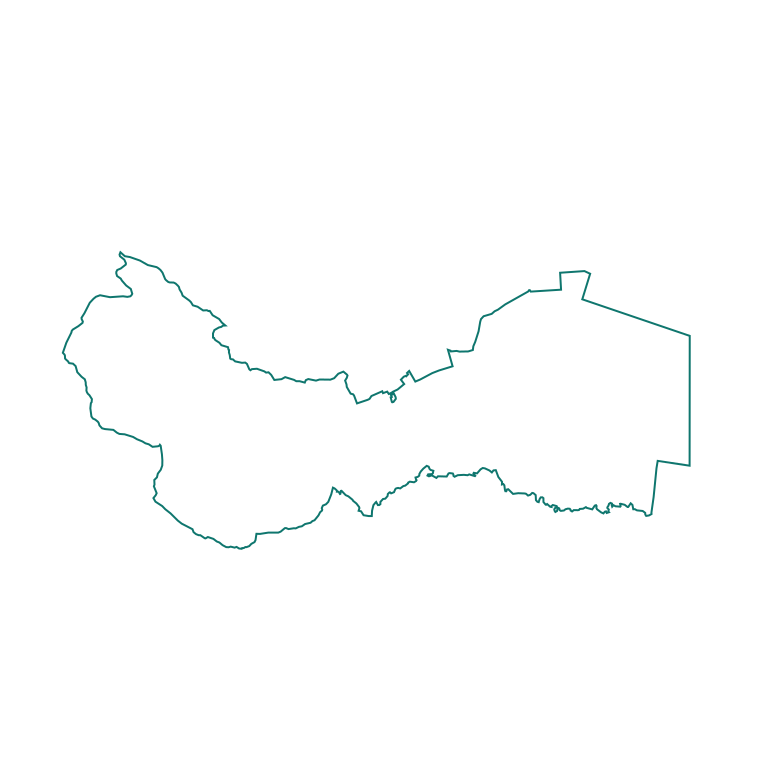 the district of Urechesti, Vrancea, Romania, rotated 349°
{"feature_id": "2599482B13172395436586", "entity_name": "Urechesti", "entity_type": "district", "adm_level": 2, "iso_a3": "ROU", "parent_name": "Romania", "parent_adm1": "Vrancea", "projection": "albers", "projection_center": [27.067, 45.615], "detail": "fine", "context": "isolated", "style": "outline", "palette": "teal", "viewbox_px": 768, "rotation_deg": 349, "n_neighbors": 0, "source": "geoboundaries", "source_scale": "gbopen_adm2", "svg_char_len": 6127}
<svg xmlns="http://www.w3.org/2000/svg" viewBox="0 0 768 768"><g transform="rotate(349 384 384)"><path d="M621.8,562.7L622.0,561.2L627.1,546.4L635.4,518.7L638.0,511.7L668.4,522.5L693.3,395.1L594.8,338.7L607.4,315.1L602.3,311.4L578.1,308.4L575.8,325.2L545.7,321.3L545.0,319.7L544.3,319.6L543.2,320.7L518.2,329.0L510.0,332.8L506.5,333.7L503.1,335.7L494.7,336.5L491.6,338.8L490.3,341.3L486.9,350.3L481.6,360.0L478.9,364.0L477.7,367.6L472.9,368.1L464.3,366.6L461.6,365.4L455.9,364.8L455.7,364.0L453.3,362.6L454.7,379.7L440.7,381.2L433.5,382.5L420.4,386.5L415.2,387.6L411.2,376.0L408.7,377.6L409.5,379.1L408.3,380.0L407.5,380.5L407.4,380.1L404.8,380.6L401.4,383.0L403.8,387.9L396.3,392.0L391.3,393.3L392.9,399.1L392.8,400.8L389.9,403.4L388.6,403.5L388.3,403.1L388.0,398.4L389.2,398.2L388.7,396.2L391.2,395.7L390.6,393.8L386.8,394.7L385.7,392.1L381.3,392.8L380.9,390.8L369.4,393.4L366.9,395.9L365.0,396.4L353.8,397.9L352.4,389.6L351.7,388.2L349.4,387.1L346.9,379.8L347.1,377.2L346.5,373.2L348.6,370.9L349.8,368.7L349.4,367.7L346.5,364.1L341.1,365.2L336.2,368.8L332.2,369.5L321.6,367.3L317.9,367.7L310.6,364.7L308.0,365.3L306.5,367.5L301.8,365.2L298.4,364.5L296.5,362.8L288.3,358.4L284.3,359.7L277.1,359.1L275.0,353.5L272.9,350.5L270.4,350.3L269.0,348.8L262.2,344.8L257.2,344.2L255.5,345.0L254.6,343.9L253.3,338.1L251.9,336.5L248.6,336.1L242.2,333.4L240.4,331.0L238.7,330.5L237.9,329.7L238.1,326.1L237.8,323.4L238.4,321.1L237.9,320.6L237.9,318.1L231.8,314.9L230.3,312.1L227.4,309.3L226.4,308.1L226.0,306.4L225.0,305.9L225.8,301.7L227.8,298.7L232.8,297.0L235.2,296.9L236.9,296.0L239.4,296.3L236.5,292.7L234.6,288.8L228.9,283.8L226.9,279.0L225.6,278.9L224.2,277.8L220.5,277.3L215.8,272.6L211.4,270.3L210.1,266.8L208.8,264.9L203.2,258.9L202.7,255.7L201.4,252.2L201.2,249.6L200.4,248.1L198.6,245.6L196.9,244.3L193.0,243.4L191.7,242.7L189.9,240.5L189.2,239.3L187.8,232.4L186.3,229.4L184.7,227.4L183.1,225.9L174.9,222.2L167.9,216.2L158.8,210.9L154.0,209.1L150.4,204.4L149.1,206.5L149.2,208.2L152.8,212.4L153.7,216.2L153.3,217.5L147.6,220.4L143.9,221.2L142.6,222.9L142.3,224.4L142.6,227.1L145.7,230.3L146.4,232.4L149.7,238.1L153.6,242.4L154.1,247.4L153.1,248.6L151.8,249.5L148.7,249.5L144.6,248.1L131.6,246.5L122.2,242.7L117.9,243.4L115.1,244.9L110.7,248.1L103.4,257.4L99.7,261.3L99.6,262.7L100.3,265.2L99.7,266.5L95.0,268.9L88.9,271.2L87.6,272.3L86.9,273.9L80.1,282.8L74.7,292.1L76.0,294.2L76.2,295.2L75.8,298.1L76.2,298.9L78.3,301.7L78.6,303.0L79.1,303.5L82.6,304.7L84.7,307.6L85.2,313.9L88.5,319.2L91.2,322.3L91.5,325.4L91.1,328.0L91.4,330.6L90.6,333.7L90.8,335.3L91.4,337.0L92.7,338.8L94.4,343.1L93.5,346.1L92.6,346.9L91.1,351.8L90.6,360.1L91.7,362.4L93.8,363.9L95.9,366.4L96.5,367.8L96.8,370.4L98.8,373.7L101.5,375.0L109.6,377.4L112.5,380.8L114.7,382.5L119.8,383.9L127.6,388.1L131.0,391.1L135.9,394.3L138.5,396.7L141.6,398.3L144.8,401.5L150.3,402.0L151.7,401.7L152.4,400.9L153.0,402.0L152.6,410.6L151.9,416.5L150.8,421.7L148.5,425.6L144.9,428.8L143.3,432.3L140.2,434.4L139.5,439.0L138.6,440.5L140.0,447.8L138.7,449.6L135.9,452.0L137.2,455.9L143.0,461.5L145.4,465.2L149.8,470.3L155.5,478.7L158.8,482.5L168.3,490.0L168.8,493.1L170.8,495.5L173.3,497.1L174.9,497.4L178.6,501.2L179.4,501.5L181.9,500.6L187.0,503.5L189.8,506.7L192.2,508.2L194.8,511.4L198.0,514.0L200.3,514.6L202.5,514.4L206.1,516.1L208.2,515.8L210.3,517.8L212.9,518.6L213.4,518.0L214.9,518.3L216.8,517.6L217.8,517.9L220.8,517.4L223.3,515.6L226.7,514.5L228.1,512.7L230.2,506.7L233.7,507.5L242.0,507.8L251.9,509.7L254.4,509.2L259.1,506.6L260.3,506.7L262.6,508.2L268.0,508.4L269.8,508.9L273.2,508.0L276.2,508.0L279.8,506.4L285.4,506.2L287.6,504.9L289.8,504.5L294.6,500.5L296.8,497.7L299.0,496.4L299.4,495.5L299.2,494.0L300.8,491.7L304.1,491.0L306.8,489.1L311.2,482.2L314.1,476.0L315.6,477.1L317.1,479.1L317.5,479.9L317.2,480.7L318.9,481.1L319.8,483.6L320.2,483.5L321.4,480.7L321.9,480.7L325.2,485.8L327.6,487.5L331.0,491.6L331.4,492.8L334.1,496.0L336.1,500.0L336.2,501.1L334.9,503.6L337.2,504.6L338.9,508.9L344.0,510.8L346.8,511.3L348.1,506.1L350.5,500.9L353.0,498.8L353.8,498.3L354.9,501.7L356.2,501.9L357.5,501.3L358.0,499.0L361.1,496.7L363.4,496.8L366.1,494.7L366.8,492.7L368.8,491.4L369.3,491.5L370.1,492.7L373.2,492.1L375.0,489.4L376.0,488.8L378.0,488.7L380.0,489.6L383.5,487.9L385.5,487.8L388.7,486.1L388.9,485.4L390.7,484.8L394.7,486.2L396.9,485.4L397.6,484.6L397.2,483.6L397.1,481.8L399.4,481.6L401.1,480.7L401.6,479.0L403.4,476.9L406.4,474.6L410.3,472.5L412.1,473.7L412.5,476.0L413.3,477.2L415.9,478.6L414.9,481.0L413.9,481.6L410.1,481.1L409.2,482.2L410.5,483.2L413.5,482.8L417.5,486.2L419.4,484.9L427.9,486.8L430.3,484.1L431.5,484.0L434.5,485.0L434.8,486.0L434.7,487.5L435.6,488.5L439.0,487.6L445.0,488.4L448.7,489.5L450.4,489.0L455.7,491.8L456.1,491.5L454.7,489.0L455.2,488.3L458.3,489.5L462.5,486.2L464.9,485.3L467.0,486.1L471.0,489.0L473.0,491.4L475.0,489.7L477.3,489.9L478.5,497.1L481.2,502.5L480.6,505.1L482.0,504.9L482.8,506.4L482.5,511.0L482.7,512.4L483.6,512.6L484.6,511.0L485.9,511.0L489.7,516.5L494.9,516.8L501.2,518.3L502.4,518.8L504.1,521.0L506.4,520.7L508.7,519.2L509.9,519.7L511.7,522.0L511.0,527.0L512.1,528.9L513.3,529.5L514.7,526.8L516.2,525.2L517.9,525.5L518.7,526.5L518.0,530.3L519.6,533.2L520.0,533.5L521.2,532.9L523.7,536.2L525.0,536.7L525.1,535.8L526.6,535.0L530.2,536.8L530.4,537.9L527.9,538.6L527.2,539.7L527.3,541.2L527.8,542.3L529.6,541.7L530.6,539.5L531.7,539.0L532.3,539.6L532.4,541.4L533.4,542.3L536.5,542.5L538.2,541.6L540.7,541.4L542.5,541.9L543.1,542.9L543.0,543.8L544.3,545.0L546.3,544.0L550.4,544.9L551.5,544.8L552.3,544.0L555.6,544.4L558.7,543.4L559.4,544.3L564.5,546.8L567.7,543.6L569.0,543.4L569.4,544.3L568.8,546.2L569.2,547.6L572.7,551.5L574.7,552.9L576.4,551.5L577.6,551.4L578.0,553.1L580.4,552.8L579.9,551.9L580.7,550.1L579.6,548.4L579.7,547.7L581.1,546.3L582.0,544.6L583.6,543.9L585.0,544.9L585.1,545.6L584.4,546.2L584.6,548.0L586.2,546.8L587.9,548.2L592.5,549.5L593.0,549.0L592.9,546.7L593.4,546.7L597.2,548.5L599.6,551.2L600.3,551.3L603.4,548.2L604.8,550.1L604.8,554.5L606.4,554.8L608.2,556.3L613.7,558.0L615.8,560.3L615.6,562.0L616.2,563.5L619.0,563.6L621.8,562.7Z" fill="none" stroke="#0f766e" stroke-width="2"/></g></svg>